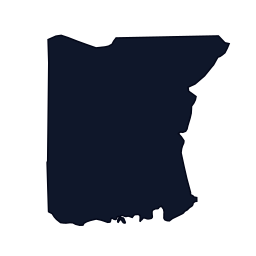 the district of Seberang Perai Selatan, Pulau Pinang, Malaysia, rotated 187°
{"feature_id": "92858781B33642984560897", "entity_name": "Seberang Perai Selatan", "entity_type": "district", "adm_level": 2, "iso_a3": "MYS", "parent_name": "Malaysia", "parent_adm1": "Pulau Pinang", "projection": "orthographic", "projection_center": [100.455, 5.21], "detail": "fine", "context": "isolated", "style": "filled", "palette": "ink", "viewbox_px": 256, "rotation_deg": 187, "n_neighbors": 0, "source": "geoboundaries", "source_scale": "gbopen_adm2", "svg_char_len": 2179}
<svg xmlns="http://www.w3.org/2000/svg" viewBox="0 0 256 256"><g transform="rotate(187 128 128)"><path d="M204.1,83.9L196.8,36.1L196.6,35.2L192.8,33.8L190.3,30.8L187.8,28.6L183.4,25.9L180.4,25.9L177.9,26.1L174.1,27.0L171.1,27.2L168.3,26.1L164.2,25.6L160.9,26.1L160.1,28.1L157.6,30.0L154.3,31.6L148.5,33.8L143.3,33.3L140.3,32.7L136.7,31.9L134.5,32.4L134.1,33.4L134.0,34.6L133.8,35.9L133.4,36.4L132.2,36.5L131.0,35.8L129.4,35.6L128.4,36.3L128.3,37.6L127.5,38.9L126.4,39.1L125.9,37.6L126.3,36.8L126.8,35.8L126.9,34.9L126.9,34.1L126.6,33.4L126.2,33.3L125.8,34.2L125.0,35.9L123.6,36.1L122.9,35.6L122.1,34.4L121.1,33.5L120.1,33.2L119.3,33.4L119.2,34.2L119.7,34.8L120.1,35.6L120.5,36.3L121.2,37.6L121.8,38.1L122.5,38.1L123.4,38.2L124.5,37.9L124.8,39.5L124.7,39.9L123.8,40.2L122.8,40.6L121.9,40.4L120.5,40.0L119.3,39.9L117.5,40.5L116.4,40.6L113.5,39.9L112.9,39.8L111.7,41.9L110.8,42.8L109.8,43.0L107.2,43.5L105.6,42.7L105.1,41.4L104.9,39.8L104.8,37.1L104.4,37.0L104.0,37.9L103.2,38.6L102.5,39.7L102.2,40.4L101.2,40.7L99.9,40.7L98.5,40.3L97.2,40.2L96.2,40.4L94.9,40.8L93.8,41.2L93.1,42.2L93.1,43.3L93.6,45.3L93.8,46.6L94.0,47.9L93.7,49.0L93.2,49.8L90.9,51.2L89.3,51.4L88.2,51.8L87.7,52.7L87.3,53.4L86.4,53.9L85.4,54.5L82.8,51.8L81.9,49.0L81.8,47.0L81.5,44.5L81.4,43.0L80.4,41.5L78.9,41.0L77.6,40.8L75.6,40.9L72.9,43.6L66.7,47.6L63.8,49.5L62.6,50.5L61.7,52.1L60.7,52.9L59.2,54.0L57.2,56.6L55.8,57.7L54.7,58.8L54.3,60.0L54.3,61.3L52.8,63.1L50.8,63.7L51.3,67.3L52.9,67.4L54.3,67.6L55.2,68.5L55.9,68.8L57.5,69.3L57.9,70.0L58.1,71.6L63.5,85.0L67.6,96.3L72.3,109.8L72.3,113.9L71.8,116.9L70.9,119.9L70.9,122.1L74.0,125.7L77.3,128.5L75.6,130.4L73.1,130.4L70.4,131.8L69.3,134.2L69.0,137.3L67.6,145.5L67.1,150.2L67.3,153.8L67.6,157.4L65.7,160.9L64.6,164.2L64.3,167.5L72.3,171.9L73.4,175.8L66.8,179.9L58.4,189.1L52.1,199.2L50.8,201.1L48.0,208.0L47.3,209.4L45.5,210.2L43.6,211.8L41.0,214.5L39.2,219.4L37.9,224.0L42.2,224.4L49.5,230.4L150.8,215.9L151.0,215.5L152.8,212.4L154.0,209.2L157.2,206.9L160.5,205.7L166.0,204.4L169.5,203.6L179.2,205.7L189.2,208.0L198.6,210.4L205.6,211.8L210.7,210.4L218.1,206.0L214.6,183.1L203.7,85.6L204.1,83.9Z" fill="#0f172a" stroke="#020617" stroke-width="1.5"/></g></svg>